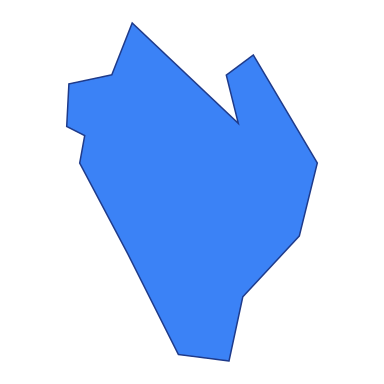 map outline of Grand'Anse (Equal Earth projection)
{"feature_id": "SYC-5210", "entity_name": "Grand'Anse", "entity_type": "state/province", "adm_level": 1, "iso_a3": "SYC", "parent_name": "Seychelles", "parent_adm1": "", "projection": "equal_earth", "projection_center": [55.469, -4.682], "detail": "fine", "context": "isolated", "style": "filled", "palette": "blue", "viewbox_px": 384, "rotation_deg": 0, "n_neighbors": 0, "source": "natural_earth", "source_scale": "10m", "svg_char_len": 315}
<svg xmlns="http://www.w3.org/2000/svg" viewBox="0 0 384 384"><path d="M229.0,361.0L178.4,354.5L127.8,253.9L79.7,163.1L84.7,135.6L66.7,126.5L68.9,83.9L111.8,74.8L132.2,23.0L238.3,123.4L226.3,75.1L253.3,55.0L317.3,163.0L299.3,236.0L242.8,296.8L229.0,361.0Z" fill="#3b82f6" stroke="#1e3a8a" stroke-width="1.5"/></svg>